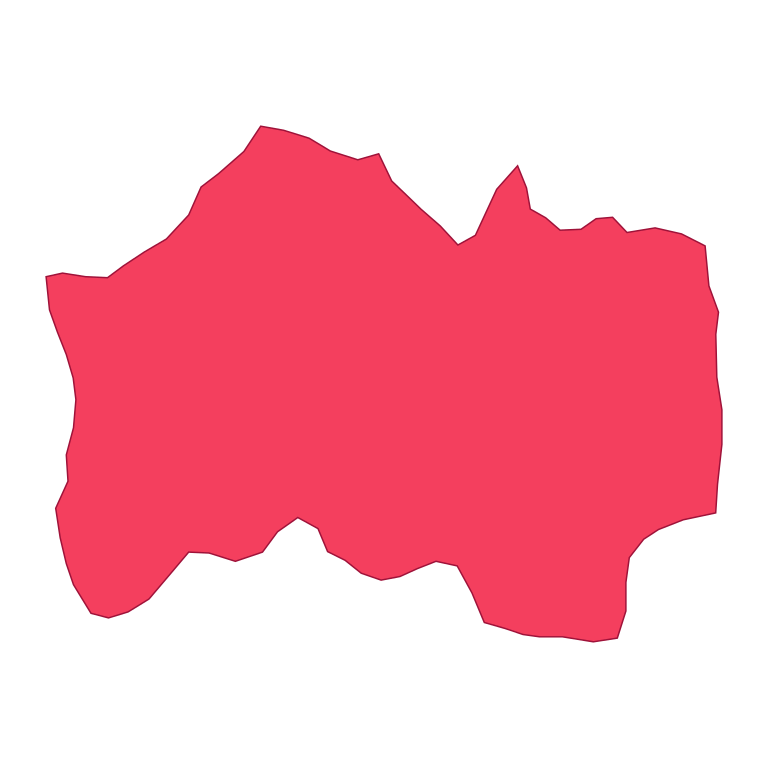 the district of Pingo d'Água, Minas Gerais, Brazil
{"feature_id": "56859067B13072007558116", "entity_name": "Pingo d'Água", "entity_type": "district", "adm_level": 2, "iso_a3": "BRA", "parent_name": "Brazil", "parent_adm1": "Minas Gerais", "projection": "equal_earth", "projection_center": [-42.425, -19.742], "detail": "fine", "context": "isolated", "style": "filled", "palette": "rose", "viewbox_px": 768, "rotation_deg": 0, "n_neighbors": 0, "source": "geoboundaries", "source_scale": "gbopen_adm2", "svg_char_len": 1207}
<svg xmlns="http://www.w3.org/2000/svg" viewBox="0 0 768 768"><path d="M46.1,276.7L49.5,309.9L57.4,332.0L66.3,354.5L73.2,378.0L75.9,399.7L73.5,427.8L66.3,454.9L68.0,481.2L55.7,508.3L60.2,537.8L66.3,563.6L73.5,584.7L91.0,613.3L108.5,617.9L128.1,611.9L149.0,599.0L170.9,573.2L188.7,552.1L209.0,553.0L235.4,561.3L262.5,552.1L277.5,531.8L297.8,517.5L318.0,528.6L327.6,551.6L345.1,560.3L361.2,573.2L381.1,580.1L400.0,576.5L417.4,568.6L436.0,561.3L457.2,565.9L472.0,593.0L484.3,622.5L505.2,628.5L523.0,634.5L539.5,636.8L562.5,636.8L593.3,641.8L617.3,638.1L625.9,611.0L625.9,582.4L629.3,557.6L643.7,539.2L658.5,529.5L683.2,519.8L715.7,512.9L717.5,484.4L721.9,444.3L721.9,409.8L716.8,377.1L715.8,334.3L718.5,312.2L708.9,285.9L705.1,245.9L681.5,233.9L655.1,227.9L627.0,232.5L612.6,217.3L596.1,218.7L581.0,229.3L560.1,230.2L545.7,217.8L530.3,209.1L526.5,187.9L517.6,165.8L496.7,189.3L475.4,235.3L457.9,245.0L440.4,226.1L420.9,209.1L406.1,194.8L391.7,181.0L378.7,153.8L357.8,159.8L330.3,151.0L309.1,138.2L283.7,130.3L260.7,126.2L243.9,151.5L218.6,173.6L201.1,187.0L188.7,215.0L166.4,239.0L144.5,251.9L123.6,265.7L107.5,277.7L85.5,276.7L62.5,273.1L46.1,276.7Z" fill="#f43f5e" stroke="#9f1239" stroke-width="1.5"/></svg>